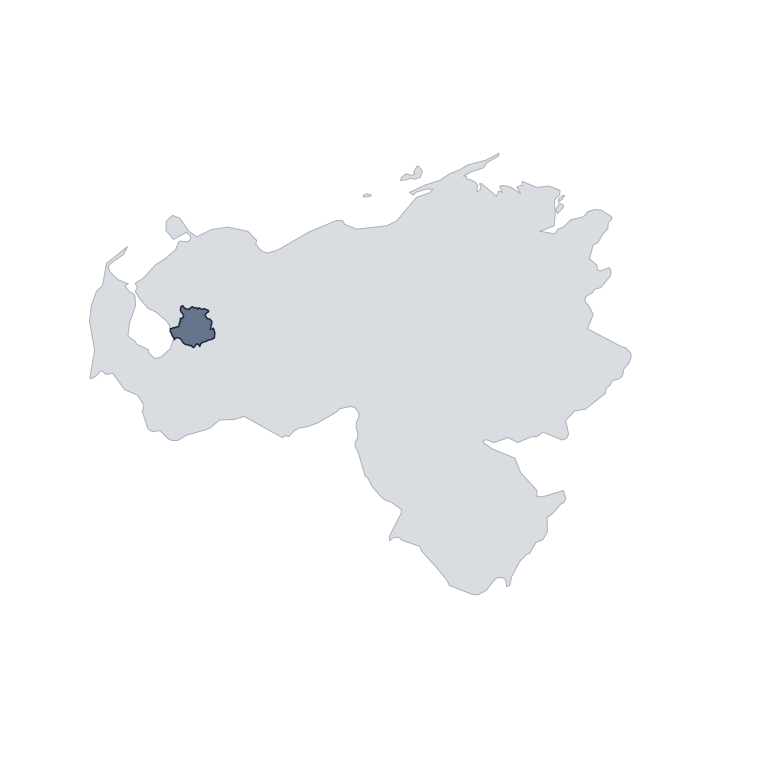 Trujillo highlighted on a map of Venezuela, rotated 339°
{"feature_id": "VEN-29", "entity_name": "Trujillo", "entity_type": "State", "adm_level": 1, "iso_a3": "VEN", "parent_name": "Venezuela", "parent_adm1": "", "projection": "mercator", "projection_center": [-70.512, 9.496], "detail": "fine", "context": "in_parent", "style": "filled", "palette": "slate", "viewbox_px": 768, "rotation_deg": 339, "n_neighbors": 0, "source": "natural_earth", "source_scale": "10m", "svg_char_len": 6633}
<svg xmlns="http://www.w3.org/2000/svg" viewBox="0 0 768 768"><g transform="rotate(339 384 384)"><path d="M649.0,299.4L656.5,309.3L655.8,311.6L651.1,313.9L648.4,319.5L642.5,322.0L634.4,328.7L629.0,329.3L620.7,340.6L625.3,349.3L624.2,353.8L626.2,356.0L635.8,356.2L636.7,358.6L635.5,362.2L633.8,364.5L620.8,371.7L614.5,371.0L611.9,373.2L603.6,374.7L601.2,379.0L603.3,384.8L604.2,394.2L593.7,405.3L619.8,435.1L622.6,436.7L625.3,443.5L624.4,447.6L619.8,452.4L613.2,456.0L609.3,462.1L605.3,463.3L598.1,462.8L594.6,466.2L590.1,467.5L587.1,472.1L563.0,479.7L552.6,477.4L540.5,483.0L538.4,496.9L534.7,500.1L530.2,500.1L515.3,486.0L507.7,488.0L502.6,486.1L487.8,486.6L480.9,478.6L465.4,478.0L459.6,472.6L456.9,472.5L455.7,474.3L461.7,483.2L479.7,500.3L479.8,515.8L488.3,537.3L486.8,544.1L491.7,546.1L513.2,547.7L513.0,555.4L510.2,558.8L505.9,559.5L494.9,565.3L488.3,567.1L484.0,579.7L480.4,583.3L476.4,586.3L469.1,586.4L459.2,594.4L455.7,594.2L447.3,598.2L433.8,609.9L429.3,617.0L426.0,617.2L427.3,610.9L425.6,607.6L422.4,605.8L419.5,605.5L415.7,607.1L405.7,613.2L396.0,614.6L390.8,611.8L372.8,595.6L372.5,590.2L368.3,577.2L359.2,553.2L359.4,548.6L345.0,536.5L342.9,532.3L337.0,530.7L333.3,532.3L334.2,528.3L353.6,511.0L355.3,507.3L347.8,496.2L343.6,493.0L341.2,489.2L336.3,475.7L335.1,465.3L333.4,463.2L335.5,437.9L334.6,432.4L336.1,428.1L339.9,425.2L342.0,420.7L342.4,414.6L344.7,409.6L348.8,405.7L350.2,401.8L348.4,395.6L345.0,393.1L333.3,391.1L330.1,393.1L308.6,396.5L297.9,396.5L289.9,394.8L283.7,395.4L276.5,398.8L273.0,396.9L270.1,397.8L241.9,364.2L231.5,363.4L217.4,358.7L206.3,362.6L201.6,362.9L181.8,361.0L170.9,362.7L166.3,361.0L163.2,358.4L158.2,347.3L150.7,345.5L147.5,341.1L148.6,323.1L152.1,318.2L150.8,310.0L149.8,306.2L139.8,296.2L134.5,276.6L127.9,275.5L125.9,271.2L123.9,270.4L118.5,273.1L112.7,274.2L111.5,273.1L126.0,248.8L131.5,220.1L138.8,206.0L148.6,194.6L156.5,191.2L168.2,171.9L193.9,163.8L187.1,169.7L171.8,173.5L168.3,175.8L168.7,182.2L173.2,191.4L181.0,198.7L177.4,199.5L179.0,206.0L182.7,210.5L182.9,213.3L180.0,222.0L168.3,235.8L162.0,247.7L166.8,254.8L167.5,258.4L176.2,267.3L175.4,270.8L179.2,278.1L185.2,279.0L197.1,274.5L203.4,266.8L204.7,252.2L203.5,247.0L196.3,234.3L191.2,229.4L186.9,218.4L184.9,208.3L188.2,206.0L187.9,200.7L196.2,199.3L214.0,190.7L225.1,188.5L237.7,183.9L243.2,177.9L245.1,177.5L251.7,181.0L254.9,179.8L256.2,177.0L254.4,171.6L239.3,173.6L235.5,162.8L238.9,154.1L246.9,150.8L252.7,155.9L256.6,171.5L261.9,179.5L278.0,178.0L294.3,181.5L311.5,192.6L316.6,204.2L314.5,207.1L315.7,212.0L318.2,216.9L322.0,220.0L332.8,220.9L368.3,215.2L398.2,214.3L403.9,216.7L404.5,220.8L414.1,229.7L443.2,237.3L454.4,236.2L481.1,221.5L495.3,221.8L499.4,219.6L494.2,217.4L482.3,216.5L478.7,218.0L476.6,214.2L493.7,213.0L508.9,213.9L521.3,211.2L531.0,211.3L540.9,209.5L559.4,211.6L574.0,209.9L572.3,212.3L559.8,214.2L553.9,217.8L541.2,217.2L532.4,218.4L535.2,219.4L535.2,223.1L537.7,223.9L541.5,228.3L542.5,232.1L539.3,237.9L542.9,237.3L545.0,235.4L545.0,231.3L547.0,232.0L556.3,249.1L560.3,245.0L563.0,247.5L562.9,241.0L566.1,241.2L572.8,245.5L579.8,255.3L578.6,247.8L584.2,247.7L585.7,244.5L597.0,255.2L608.9,258.3L617.8,266.3L615.8,270.3L610.6,272.2L608.5,274.7L604.5,287.4L599.5,297.3L584.5,297.4L597.2,305.0L601.6,301.9L608.0,301.7L617.4,297.6L630.3,299.5L636.0,296.1L642.9,296.6L649.0,299.4ZM494.7,193.9L496.0,199.2L492.0,203.9L486.4,204.0L482.2,200.9L479.8,201.6L472.4,200.0L474.6,197.1L480.0,195.7L484.1,199.0L487.5,199.2L488.3,196.4L492.9,192.4L494.7,193.9ZM615.0,283.1L607.0,287.2L606.6,283.2L612.8,278.1L615.5,281.2L615.0,283.1ZM439.8,203.1L437.6,204.0L431.7,201.8L432.9,200.3L436.2,200.3L439.8,203.1ZM616.6,275.4L611.8,276.7L613.2,273.7L618.2,272.1L620.1,272.7L616.6,275.4Z" fill="#d9dde1" stroke="#a8b0b8" stroke-width="1"/><path d="M204.4,267.2L204.5,267.0L204.5,266.2L203.9,263.9L203.6,260.5L203.5,259.7L203.3,259.2L203.2,258.8L203.2,258.4L203.4,258.0L204.1,257.0L204.1,256.5L204.3,255.8L204.9,255.9L206.3,256.2L206.6,256.2L206.8,256.1L207.7,255.9L208.0,256.0L208.5,256.4L208.6,256.5L208.8,256.5L209.7,256.3L209.9,256.3L210.2,256.3L210.6,256.4L210.8,256.5L211.0,256.6L212.0,256.5L212.5,256.6L212.8,256.4L213.2,256.2L214.2,255.0L215.1,253.3L215.3,253.2L215.5,253.0L216.4,252.8L216.6,252.8L216.6,252.6L216.6,252.4L216.5,252.2L216.4,252.1L216.4,251.8L217.2,250.1L217.4,249.9L217.5,249.8L217.8,249.8L218.1,249.9L218.3,250.2L218.5,250.4L218.6,250.6L219.1,250.5L219.6,250.3L219.9,249.7L220.7,249.3L221.3,248.7L221.4,247.9L221.4,246.7L220.5,244.1L220.4,242.0L221.4,240.1L222.0,239.3L222.6,238.9L223.2,238.7L223.7,238.7L224.3,239.0L224.4,239.4L224.5,240.2L224.5,240.6L225.0,241.3L225.7,242.7L226.3,243.1L227.0,243.3L227.9,243.9L228.8,244.4L229.2,244.4L229.8,244.0L230.5,243.6L230.9,243.4L232.4,243.2L232.9,243.2L233.2,243.5L233.6,244.5L233.8,244.8L234.4,245.0L235.8,245.3L236.4,246.5L236.7,247.0L237.1,247.3L237.8,246.9L237.9,246.7L238.1,246.6L238.3,246.5L238.5,246.5L239.1,247.1L239.3,247.3L240.3,248.7L240.6,249.0L240.9,249.1L241.1,249.1L242.6,249.2L243.0,249.3L243.3,249.4L243.5,249.5L244.0,250.1L244.2,250.4L245.7,251.6L246.2,252.1L246.3,252.3L246.4,252.5L246.5,252.8L246.5,253.1L246.4,253.2L245.7,253.7L245.6,253.8L245.4,253.9L245.1,253.9L244.5,253.8L244.3,253.8L244.1,253.8L243.8,254.0L243.7,254.2L242.3,255.1L242.1,255.3L241.8,255.6L241.7,255.8L241.6,256.1L241.6,256.4L241.7,256.6L242.4,259.0L242.7,259.9L243.0,260.2L244.4,260.8L244.6,260.9L244.7,261.1L245.7,263.5L244.9,265.8L244.5,266.5L244.3,266.6L243.6,267.3L242.8,268.8L241.8,269.8L241.6,270.2L241.5,270.5L241.7,270.8L241.9,270.9L242.1,271.0L242.6,271.0L242.8,271.1L243.1,271.2L243.4,271.3L243.6,271.2L243.8,271.2L244.4,270.7L244.7,271.4L244.5,275.2L243.9,276.9L243.5,277.5L242.9,278.2L242.8,278.5L242.5,279.7L242.3,280.0L242.1,280.2L241.0,280.2L240.8,280.3L240.3,280.4L239.7,280.7L238.5,280.6L237.6,280.4L236.9,280.2L236.5,280.1L236.1,280.1L235.2,280.2L233.0,280.4L231.1,280.2L229.9,280.1L229.2,280.2L227.1,281.0L226.4,281.7L226.0,282.4L225.5,282.8L225.2,282.2L225.2,281.6L225.3,281.1L225.3,280.8L225.1,280.6L224.9,280.5L224.7,280.5L224.3,280.3L224.1,279.6L223.9,279.5L223.7,279.4L223.1,279.6L222.7,279.7L222.5,279.8L221.1,281.0L219.8,281.6L219.4,281.7L219.1,281.6L218.8,281.4L218.6,281.1L218.3,280.7L218.0,279.9L217.9,279.2L217.6,278.8L217.0,278.4L216.3,278.5L216.2,278.5L215.8,278.3L215.3,277.3L214.9,277.0L214.6,276.9L214.4,276.9L214.1,276.7L212.7,275.8L212.3,275.3L211.5,273.9L211.2,273.2L211.1,272.6L210.9,271.8L210.4,269.4L210.1,268.7L209.7,268.3L209.1,267.8L208.3,267.0L207.9,266.7L207.5,266.6L206.8,266.6L206.2,266.5L205.5,266.6L204.9,267.0L204.4,267.2L204.4,267.2Z" fill="#64748b" stroke="#1e293b" stroke-width="1.5"/></g></svg>